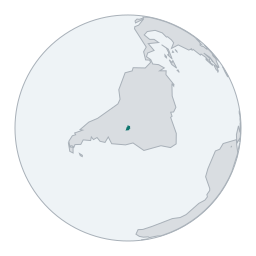 the Earth from above Amambay, rotated 56°
{"feature_id": "PRY-615", "entity_name": "Amambay", "entity_type": "Department", "adm_level": 1, "iso_a3": "PRY", "parent_name": "Paraguay", "parent_adm1": "", "projection": "orthographic", "projection_center": [-56.215, -22.97], "detail": "fine", "context": "on_globe", "style": "filled", "palette": "teal", "viewbox_px": 256, "rotation_deg": 56, "n_neighbors": 0, "source": "natural_earth", "source_scale": "10m", "svg_char_len": 4652}
<svg xmlns="http://www.w3.org/2000/svg" viewBox="0 0 256 256"><g transform="rotate(56 128 128)"><circle cx="128" cy="128" r="113" fill="#eef3f6" stroke="#a8b0b8"/><path d="M96.9,19.7L94.3,20.5L91.9,21.4L92.0,21.6L99.7,20.3L98.6,21.2L99.6,21.9L101.9,20.9L101.9,20.1L106.4,18.8L105.9,18.2L107.6,17.7L108.5,17.2L112.2,16.7L115.4,16.5L114.9,17.1L116.2,17.2L119.9,16.4L121.9,17.4L128.5,18.6L128.6,19.1L123.2,20.2L115.3,20.6L108.2,23.3L116.7,21.1L116.8,23.0L118.5,23.3L120.7,23.1L122.2,22.3L123.1,23.0L115.0,25.1L114.1,24.5L116.7,23.7L112.9,24.0L107.5,26.1L108.0,27.2L99.3,30.0L99.5,31.0L97.7,32.3L97.9,30.5L97.4,34.0L87.2,39.9L86.3,47.5L82.9,42.5L79.2,42.7L74.4,44.2L74.1,45.3L68.3,46.4L62.2,50.9L58.8,58.1L59.9,62.5L66.6,60.5L69.1,56.8L74.3,54.8L69.4,64.0L78.3,63.0L76.8,69.8L79.2,72.8L84.0,70.9L88.8,71.7L92.6,67.2L98.5,64.3L98.3,69.8L101.9,64.4L105.0,66.7L117.1,65.7L116.1,67.0L126.2,73.5L137.6,76.7L140.2,81.2L138.8,83.8L142.9,84.9L143.0,86.7L159.5,91.0L168.1,97.0L168.0,103.7L161.1,110.6L155.5,127.4L143.2,132.2L140.6,139.5L131.9,150.3L124.4,149.4L127.1,155.1L123.4,158.6L118.6,159.0L118.3,163.1L114.9,163.4L117.5,166.0L112.8,171.8L115.2,176.3L112.1,181.2L113.8,183.8L112.2,183.9L110.8,185.1L111.0,186.6L105.9,184.5L103.3,178.5L104.3,175.2L102.3,175.0L104.4,166.8L102.5,168.6L101.2,157.2L103.0,147.8L102.4,122.9L99.7,118.5L91.1,114.2L80.6,99.5L83.0,92.6L80.9,90.0L87.9,80.1L86.3,72.7L83.9,72.0L81.4,75.3L73.5,72.4L71.1,67.6L49.4,67.1L47.8,65.7L48.7,61.7L46.3,53.9L45.1,63.0L43.2,62.3L42.7,59.6L44.2,57.9L45.4,53.6L44.4,53.5L48.3,48.4L49.3,47.4L55.2,42.1L61.4,37.1L68.0,32.7L74.9,28.7L82.0,25.2L89.3,22.2L96.9,19.7ZM85.2,50.5L95.4,52.8L89.1,54.3L90.4,53.3L87.9,52.1L83.1,51.5L77.7,53.6L85.2,50.5ZM90.9,45.0L89.1,45.1L90.9,44.7L90.9,45.0ZM106.4,17.6L107.4,17.4L106.7,17.6L106.4,17.6ZM105.8,17.6L104.2,18.0L103.7,18.1L104.7,17.8L105.8,17.6ZM106.6,17.4L107.8,17.2L103.0,18.2L102.1,18.4L102.4,18.3L106.6,17.4ZM114.8,189.3L106.5,185.5L111.0,187.1L113.3,184.4L118.0,187.5L114.8,189.3ZM122.0,182.5L125.1,181.1L126.1,181.9L124.2,183.0L122.0,182.5ZM202.2,43.3L201.0,42.3L198.8,40.8L201.2,45.4L198.7,44.6L194.2,41.9L188.0,35.2L194.2,37.7L192.1,35.9L186.3,32.1L188.7,33.3L187.1,32.2L188.9,33.3L188.4,33.0L195.5,37.8L202.2,43.3ZM236.3,159.1L235.6,161.4L234.0,163.8L230.8,171.6L229.5,172.2L227.1,176.3L224.2,179.2L220.5,180.8L217.9,176.5L220.4,172.4L223.1,162.8L227.9,141.9L231.4,134.8L232.3,128.2L230.1,111.4L230.8,104.6L229.5,100.7L227.3,99.8L225.5,95.2L223.9,94.1L211.8,90.9L206.4,84.5L195.9,68.4L196.9,63.8L194.1,57.8L198.3,44.6L202.5,47.2L209.6,50.7L211.1,52.2L213.9,55.8L222.1,66.1L222.0,65.9L226.2,72.8L229.9,80.0L233.1,87.5L235.7,95.1L237.8,103.0L239.3,110.9L240.3,119.0L240.6,127.1L240.4,135.2L239.6,143.3L238.2,151.3L236.3,159.1ZM200.8,52.0L201.6,53.6L200.8,52.0ZM117.5,65.6L118.9,66.7L116.9,66.8L117.5,65.6ZM88.0,56.5L90.3,56.2L91.4,56.8L89.6,57.4L88.0,56.5ZM107.8,54.1L110.6,54.4L107.6,55.0L107.8,54.1ZM97.1,53.1L105.6,54.2L99.9,56.2L94.5,55.7L98.4,54.8L97.1,53.1ZM89.3,47.9L90.7,47.9L90.1,48.9L89.3,47.9ZM92.3,44.8L91.7,45.0L91.1,44.4L92.3,44.8ZM117.3,22.9L118.0,22.7L120.2,22.7L118.9,23.1L117.3,22.9ZM131.2,21.2L132.2,22.5L130.6,21.7L129.1,22.3L123.8,21.6L128.4,19.4L127.3,20.4L131.2,21.2ZM118.0,20.6L120.8,21.0L117.5,20.7L118.0,20.6ZM176.3,26.3L178.4,27.3L179.9,28.1L178.3,27.7L176.2,26.4L176.3,26.3ZM187.2,32.2L187.5,32.4L183.6,30.4L183.9,30.3L181.9,29.2L181.1,28.7L179.0,27.6L187.2,32.2ZM123.5,15.4L121.6,15.6L118.7,15.7L120.6,15.8L117.2,16.0L118.8,16.1L112.6,16.4L109.6,16.9L113.7,16.3L114.4,16.2L123.5,15.4ZM142.0,16.2L141.2,16.1L140.0,16.2L140.5,16.7L135.6,16.2L132.0,15.6L129.8,15.4L142.0,16.2ZM213.3,54.4L213.6,54.8L210.6,51.5L211.3,52.2L211.6,52.5L213.3,54.4ZM204.7,45.7L205.1,45.9L207.7,48.6L206.9,47.9L204.7,45.7ZM203.0,44.0L204.9,45.7L203.4,44.4L203.0,44.0ZM228.1,179.7L228.5,178.9L231.0,173.6L231.4,172.8L228.1,179.7Z" fill="#d9dde1" stroke="#a8b0b8" stroke-width="1"/><path d="M127.6,126.2L127.7,126.3L127.8,126.4L127.8,126.5L128.0,126.6L128.3,126.7L128.5,126.7L128.7,126.8L128.8,126.8L128.8,127.1L128.9,127.3L129.0,127.3L129.1,127.5L129.0,127.8L129.1,128.0L129.1,128.3L129.2,128.5L129.2,128.8L129.3,128.8L129.2,129.0L129.1,129.3L128.9,129.4L128.7,129.6L128.4,129.7L128.4,129.8L128.3,129.7L128.4,129.4L128.5,129.3L128.5,129.2L128.3,129.1L128.2,129.3L128.2,129.2L128.3,128.9L128.2,128.8L128.3,128.8L128.3,128.7L128.2,128.7L127.9,128.7L128.0,128.5L128.0,128.4L128.2,128.2L127.9,127.5L127.8,127.4L127.8,127.5L127.7,127.5L127.5,127.8L127.4,127.8L127.2,127.8L127.2,127.7L127.1,127.4L127.1,127.2L127.3,126.8L126.9,126.7L127.0,126.6L127.3,126.5L127.4,126.4L127.5,126.3L127.6,126.2Z" fill="#14b8a6" stroke="#0f766e" stroke-width="1.5"/></g></svg>